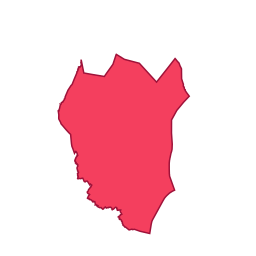 Stange nor, Hedmark, Norway (orthographic projection), rotated 214°
{"feature_id": "86288312B89753737771336", "entity_name": "Stange nor", "entity_type": "district", "adm_level": 2, "iso_a3": "NOR", "parent_name": "Norway", "parent_adm1": "Hedmark", "projection": "orthographic", "projection_center": [11.491, 60.626], "detail": "fine", "context": "isolated", "style": "filled", "palette": "rose", "viewbox_px": 256, "rotation_deg": 214, "n_neighbors": 0, "source": "geoboundaries", "source_scale": "gbopen_adm2", "svg_char_len": 5334}
<svg xmlns="http://www.w3.org/2000/svg" viewBox="0 0 256 256"><g transform="rotate(214 128 128)"><path d="M104.7,46.7L103.4,46.6L103.3,46.8L103.3,47.1L103.1,47.3L103.1,48.1L102.7,49.8L101.2,49.5L100.8,50.3L100.0,50.6L100.1,50.8L100.0,51.1L98.9,52.0L98.5,52.2L98.5,52.4L97.9,52.7L96.5,52.4L96.2,52.2L95.6,51.4L95.4,51.4L95.4,51.7L94.6,52.7L94.6,53.0L94.6,53.3L94.5,53.6L94.5,53.8L94.4,53.9L94.3,54.4L94.1,55.2L93.7,55.5L93.0,55.6L92.6,55.5L92.3,54.9L92.0,54.6L91.9,54.6L91.6,54.8L91.4,54.8L91.2,54.4L90.8,54.1L90.8,53.9L90.6,53.9L90.2,54.2L90.1,54.4L89.5,55.0L88.2,55.9L88.0,55.2L87.8,54.7L87.6,54.3L87.2,54.1L86.3,53.8L84.9,53.0L85.1,52.6L85.4,52.2L85.7,51.9L85.8,51.8L85.5,51.2L86.1,49.6L86.3,49.4L86.4,49.2L86.4,48.8L86.2,48.8L85.8,49.0L85.5,49.0L85.4,48.9L84.6,48.7L84.4,48.6L84.4,48.4L84.5,48.2L84.6,47.8L83.9,47.5L83.6,47.6L83.0,47.9L82.6,48.0L81.4,47.6L81.3,47.4L81.2,47.1L80.9,47.0L80.3,47.0L80.0,46.8L79.8,46.5L79.8,46.3L79.4,45.8L78.1,45.2L78.0,44.8L77.8,44.6L76.4,44.5L75.1,44.1L74.7,44.5L70.1,44.1L68.1,46.4L67.9,46.4L67.4,46.3L66.1,47.6L60.1,49.2L51.0,52.7L54.9,61.1L56.0,63.9L56.3,65.5L58.3,87.0L58.5,90.3L58.3,92.3L58.0,94.0L57.2,97.3L55.8,100.5L54.6,102.5L66.7,111.4L67.4,112.4L68.0,113.0L71.2,117.5L72.2,119.0L72.9,120.0L74.2,122.0L75.5,124.4L75.9,125.4L76.2,126.0L76.9,127.8L77.9,130.2L78.2,130.9L78.8,133.0L79.6,135.0L81.9,138.7L82.2,139.2L89.1,148.1L96.4,159.0L97.4,169.9L96.3,180.7L95.0,188.6L98.7,189.9L101.2,190.9L101.3,191.0L101.7,191.3L101.9,191.6L102.1,191.5L102.3,191.7L102.6,191.7L102.9,191.9L103.0,191.9L104.0,192.8L104.2,193.3L104.3,193.3L105.1,193.3L105.5,193.7L106.1,194.5L106.5,195.2L106.7,195.4L107.1,195.6L111.1,198.8L112.0,200.1L115.9,205.7L116.7,206.9L117.3,207.3L119.6,208.6L120.2,209.0L121.2,209.8L122.4,210.5L124.1,210.8L126.9,211.7L127.8,211.9L128.6,200.2L130.0,182.0L154.8,188.0L169.4,182.9L178.9,182.5L178.9,182.3L176.1,172.4L176.4,161.1L176.4,157.5L187.5,152.4L195.4,148.9L205.0,158.4L204.9,158.1L204.6,157.8L204.2,157.1L204.0,156.8L203.8,156.6L203.8,156.4L203.6,155.8L203.2,155.6L203.0,155.4L202.7,155.0L202.2,154.6L202.0,154.3L202.0,153.8L201.9,153.5L201.8,153.4L201.8,152.6L201.9,152.2L201.8,151.9L202.6,151.5L202.7,151.3L202.8,151.2L203.1,151.0L203.0,150.8L202.8,150.5L202.4,150.5L202.4,150.2L202.6,149.9L202.6,149.7L202.5,149.0L202.1,148.9L202.0,148.4L202.1,148.1L201.8,147.9L201.7,147.4L201.6,147.1L201.8,146.3L201.6,146.1L201.6,145.9L201.6,145.7L201.2,145.0L199.9,138.4L198.8,133.4L198.8,133.2L198.7,133.0L198.7,132.6L198.8,132.3L198.8,131.9L198.8,131.7L199.0,131.5L198.9,126.6L198.9,125.8L197.6,119.1L197.5,118.7L197.3,118.6L197.3,118.3L197.0,117.6L196.8,117.2L196.8,116.9L197.0,116.4L196.8,116.2L196.7,116.1L196.7,115.7L196.7,115.4L196.6,114.8L196.7,114.5L196.7,114.3L196.7,114.2L196.8,113.7L196.6,113.6L196.6,113.3L196.6,113.2L196.6,112.8L196.8,112.6L197.3,112.1L197.4,111.8L197.3,111.7L197.1,111.0L196.9,110.4L196.9,110.0L196.9,109.9L197.2,109.8L197.0,109.7L197.0,109.4L196.9,109.1L196.9,108.9L196.8,108.7L195.5,105.4L195.5,104.9L195.3,104.5L195.3,104.4L194.8,103.7L195.1,103.5L195.4,103.5L195.5,103.4L195.5,103.2L194.6,102.3L192.7,100.2L191.0,97.5L190.3,96.7L186.9,94.9L186.7,94.7L185.8,94.0L185.3,93.9L178.5,92.0L174.4,91.0L172.0,90.6L166.1,83.4L164.3,81.5L162.0,79.9L158.2,77.1L158.3,78.2L158.3,78.9L158.3,79.3L158.2,79.4L157.4,79.3L157.3,78.9L156.9,78.8L156.3,78.8L155.8,78.4L155.6,78.1L155.5,77.9L154.9,77.6L154.5,77.3L154.3,77.1L154.4,76.7L154.7,76.5L154.8,76.3L154.5,76.1L154.6,75.9L154.6,75.6L154.7,75.3L154.5,75.1L154.5,74.9L154.6,74.3L154.6,74.1L154.5,73.9L154.4,73.8L154.5,73.6L154.5,73.4L154.3,73.1L154.2,73.0L154.1,72.8L154.2,72.4L154.0,72.2L154.0,71.7L153.7,71.0L153.5,70.9L153.3,71.0L153.0,71.0L153.0,70.9L153.0,70.7L152.6,70.7L152.4,70.5L152.4,70.2L152.0,69.7L151.9,69.8L151.9,70.0L151.6,70.2L151.2,69.8L151.0,69.4L150.7,69.5L150.3,69.8L150.2,69.7L150.0,69.3L149.7,69.3L149.3,69.4L149.3,69.1L149.2,69.0L148.9,68.9L148.7,68.9L148.5,68.5L148.3,68.4L148.3,68.2L148.2,68.0L148.3,67.8L148.2,67.4L148.1,66.8L148.1,66.7L147.8,66.5L147.7,66.3L147.6,66.1L147.6,65.9L147.3,65.7L146.8,65.2L146.5,65.1L146.1,64.9L146.1,64.6L145.9,64.3L145.6,64.3L145.4,64.1L145.1,63.9L144.3,63.7L144.2,63.3L144.2,63.1L144.2,62.8L144.1,62.4L144.4,62.2L144.3,61.8L143.9,61.8L143.9,61.6L143.6,61.2L143.3,60.6L143.1,60.4L142.7,60.4L142.6,60.1L142.3,60.2L142.2,60.1L142.0,59.7L142.0,59.3L141.9,59.0L141.7,58.8L141.7,58.4L141.6,58.2L141.5,57.9L141.0,57.9L140.9,58.0L141.0,58.3L141.0,58.6L140.7,58.6L140.3,58.8L139.8,59.1L138.7,59.6L138.6,60.0L138.2,60.5L137.4,61.1L135.0,59.6L134.6,59.3L134.3,59.2L133.5,59.3L133.2,59.6L133.1,59.9L133.1,60.5L132.0,61.2L127.8,59.4L127.9,60.2L127.9,60.5L126.1,60.4L126.0,58.5L125.9,58.5L125.9,58.3L125.8,57.7L126.1,56.9L126.1,56.3L126.0,56.0L126.2,55.6L126.2,54.7L125.8,53.5L125.9,52.7L126.0,52.1L125.7,52.0L125.2,51.5L124.2,51.3L123.0,51.5L122.6,51.4L122.8,49.7L122.4,47.1L122.1,47.0L121.8,47.1L121.6,47.3L121.3,47.5L120.9,47.7L120.7,47.6L120.3,47.1L120.0,47.2L119.7,47.2L119.5,47.5L119.1,47.7L118.4,47.6L117.9,47.8L116.6,47.4L116.5,47.2L115.9,47.0L115.7,47.1L115.7,47.4L115.6,47.9L115.0,47.8L114.7,48.2L114.4,48.4L112.7,46.8L112.4,46.4L112.2,45.9L111.9,46.2L111.7,46.6L111.0,46.3L111.0,46.6L109.5,46.8L109.5,46.6L109.4,46.3L109.4,46.2L109.5,45.9L109.4,45.8L107.0,46.1L106.3,46.5L105.9,47.0L104.7,46.7Z" fill="#f43f5e" stroke="#9f1239" stroke-width="1.5"/></g></svg>